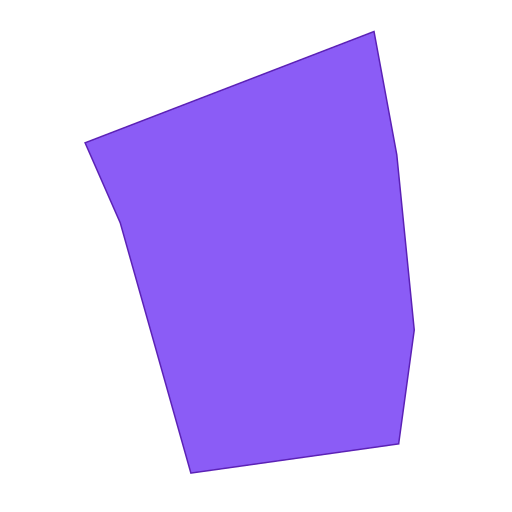 22, Ad Dawhah, Qatar, rotated 172°
{"feature_id": "91078587B26591597392685", "entity_name": "22", "entity_type": "district", "adm_level": 2, "iso_a3": "QAT", "parent_name": "Qatar", "parent_adm1": "Ad Dawhah", "projection": "equal_earth", "projection_center": [51.508, 25.289], "detail": "fine", "context": "isolated", "style": "filled", "palette": "violet", "viewbox_px": 512, "rotation_deg": 172, "n_neighbors": 0, "source": "geoboundaries", "source_scale": "gbopen_adm2", "svg_char_len": 287}
<svg xmlns="http://www.w3.org/2000/svg" viewBox="0 0 512 512"><g transform="rotate(172 256 256)"><path d="M409.5,391.9L385.8,307.7L350.7,50.1L145.8,50.1L140.8,50.1L140.6,51.1L109.6,160.7L102.5,336.6L107.9,461.9L409.5,391.9Z" fill="#8b5cf6" stroke="#5b21b6" stroke-width="1.5"/></g></svg>